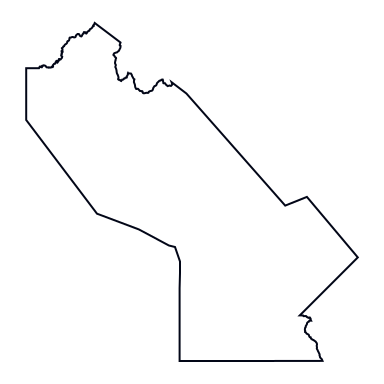 Goilala District, Central, Papua New Guinea
{"feature_id": "67681753B69138708409100", "entity_name": "Goilala District", "entity_type": "district", "adm_level": 2, "iso_a3": "PNG", "parent_name": "Papua New Guinea", "parent_adm1": "Central", "projection": "natural_earth1", "projection_center": [146.873, -8.324], "detail": "fine", "context": "isolated", "style": "outline", "palette": "ink", "viewbox_px": 384, "rotation_deg": 0, "n_neighbors": 0, "source": "geoboundaries", "source_scale": "gbopen_adm2", "svg_char_len": 5013}
<svg xmlns="http://www.w3.org/2000/svg" viewBox="0 0 384 384"><path d="M94.7,23.0L94.3,24.1L93.4,25.2L93.5,25.3L93.8,25.7L93.8,25.9L93.7,26.1L92.9,26.3L92.5,26.9L92.4,27.3L91.7,28.1L90.8,28.8L90.1,29.1L89.6,29.7L89.5,30.5L89.0,30.9L88.4,31.0L87.2,32.2L86.9,32.9L86.4,33.5L86.1,33.5L85.8,33.2L85.6,32.3L84.0,32.1L83.7,32.5L83.8,33.2L83.5,33.6L83.0,33.8L82.4,34.6L82.0,35.7L81.4,36.4L80.8,36.3L80.2,36.0L79.8,35.6L79.5,35.1L79.4,34.6L79.1,34.2L78.5,34.0L77.6,34.0L76.6,34.8L75.9,35.6L75.7,36.7L75.3,37.1L75.0,37.3L74.3,37.4L73.6,37.3L73.0,37.0L72.2,37.0L70.7,37.6L69.8,37.6L69.5,38.0L69.3,39.6L69.0,40.4L68.8,40.6L68.4,40.9L67.7,41.1L67.4,41.4L67.2,41.9L67.2,42.6L66.9,43.1L66.3,43.8L65.1,44.5L64.6,45.1L64.1,46.2L63.5,46.3L63.1,46.9L62.9,47.4L62.5,47.8L61.9,48.1L61.9,48.5L62.3,48.9L62.5,49.4L62.4,50.3L62.3,50.7L61.6,51.0L61.6,51.3L62.3,51.4L62.6,51.5L62.6,52.0L62.4,52.3L62.1,52.3L61.8,52.7L61.9,53.8L61.4,54.1L61.4,54.3L61.6,54.6L61.5,54.8L61.2,55.4L61.2,55.7L62.2,56.5L62.0,57.7L60.6,59.4L60.1,59.4L59.9,59.7L59.6,59.8L59.5,59.6L59.5,59.2L59.3,59.0L59.0,59.0L58.7,59.5L58.8,60.6L57.7,62.2L57.1,60.9L56.8,60.8L56.5,60.9L56.6,62.0L56.5,62.3L56.2,62.5L55.7,62.1L55.4,62.5L55.4,63.4L55.1,63.7L54.9,63.8L54.0,63.9L53.9,64.1L52.9,65.2L52.9,65.8L53.1,66.3L53.0,66.7L52.7,67.1L52.4,67.1L51.9,66.7L51.7,66.7L51.5,66.9L51.4,67.2L51.1,67.5L50.1,67.6L49.4,67.4L49.0,67.7L48.5,67.7L48.2,67.3L47.2,67.4L46.6,67.3L46.0,66.6L45.8,66.2L45.4,65.8L43.9,65.3L43.5,65.3L43.0,65.9L42.8,66.0L42.6,65.7L42.3,65.7L42.1,65.8L42.2,66.5L42.0,67.1L41.8,67.3L41.1,67.1L40.4,67.0L40.0,66.5L39.7,66.7L39.0,68.2L26.2,68.2L26.2,120.0L97.0,213.7L138.8,229.4L168.9,245.5L175.0,247.0L180.0,261.5L180.0,273.1L179.6,288.1L179.6,361.0L251.2,361.0L322.5,360.9L321.8,359.2L320.4,357.8L320.0,357.2L319.9,356.3L319.5,355.3L319.6,354.3L318.7,352.5L318.2,351.4L317.9,351.0L317.7,350.3L317.3,349.5L317.0,349.1L316.8,348.5L316.9,347.9L317.0,347.3L316.9,346.8L316.8,346.4L316.7,345.7L316.9,345.0L317.0,344.4L316.9,343.8L316.8,343.3L316.5,342.8L316.0,342.2L315.7,341.6L314.2,340.6L313.8,340.3L313.7,340.1L313.3,339.9L312.8,339.8L312.4,339.7L312.0,339.2L311.1,338.7L310.9,338.3L310.8,337.7L310.7,337.3L310.0,337.1L309.7,337.1L309.3,336.5L309.0,335.6L308.8,334.9L308.4,334.5L307.6,334.1L306.9,333.8L306.6,333.6L306.2,332.9L305.9,332.7L305.5,332.3L305.0,332.0L305.0,331.7L305.3,331.1L305.1,330.7L304.9,330.2L304.9,329.1L305.0,328.6L305.2,327.7L305.5,327.5L305.7,327.1L305.8,326.6L305.7,326.2L306.0,325.7L306.7,324.6L307.0,323.9L307.0,323.3L307.3,322.7L307.8,322.2L308.4,321.8L308.8,321.7L308.9,321.3L309.1,321.1L309.3,320.8L310.0,320.7L311.1,320.7L310.9,320.3L310.7,319.8L310.7,319.6L310.4,319.3L310.6,318.7L310.0,317.7L309.7,317.8L309.2,317.5L308.8,317.9L307.7,317.5L307.5,317.3L307.3,317.1L307.0,317.1L306.6,316.8L306.3,316.2L305.6,316.1L305.2,316.0L303.8,316.2L303.5,315.9L303.1,315.5L302.8,315.6L302.5,315.6L302.1,315.5L301.7,315.4L299.8,315.4L357.8,257.4L306.9,196.9L285.2,205.6L199.9,108.8L186.4,93.5L171.6,82.2L171.8,82.7L172.1,83.7L172.2,84.5L171.8,85.1L171.0,85.9L170.3,85.8L169.6,85.5L167.7,86.1L167.1,85.5L166.7,85.4L166.2,84.8L165.8,84.5L165.3,83.6L165.1,83.3L164.4,83.2L163.7,83.3L163.4,83.2L163.3,82.9L163.3,82.3L163.1,81.6L163.1,81.0L162.8,80.6L162.9,80.0L162.7,79.5L162.2,79.5L161.3,79.8L161.0,80.3L160.5,80.6L159.9,80.6L159.5,80.7L158.9,81.2L158.6,81.6L158.0,82.1L157.2,82.9L156.9,83.4L156.7,84.2L156.5,84.7L156.2,85.3L155.6,85.7L155.0,86.0L154.5,86.1L153.4,87.7L152.8,89.6L152.5,90.2L152.1,90.6L151.2,90.9L150.2,91.1L149.4,91.4L148.8,91.8L148.6,92.5L148.3,92.8L147.7,92.9L146.9,92.8L146.3,92.8L145.4,93.0L144.7,93.2L143.8,93.3L143.1,93.1L142.7,92.5L142.5,92.2L142.6,91.6L142.3,91.2L141.9,91.1L141.2,91.1L140.6,90.9L140.0,91.0L139.4,90.4L138.8,89.7L138.4,89.2L137.9,88.8L137.4,88.8L136.3,89.0L136.1,88.9L135.5,87.7L135.2,87.0L135.0,85.2L134.8,84.4L134.5,83.6L134.1,82.6L133.9,82.0L134.0,81.0L134.0,80.5L134.3,79.7L134.4,79.3L134.1,79.1L133.7,78.9L133.0,77.7L132.7,77.1L132.5,76.7L132.1,76.1L131.9,75.4L131.8,74.9L131.4,74.2L130.9,73.5L130.2,73.5L129.3,73.4L128.6,73.5L128.2,73.3L128.0,73.0L127.9,73.2L127.9,73.8L127.9,74.4L127.7,74.9L127.5,75.2L127.3,75.7L126.8,76.3L126.8,77.0L126.8,77.5L126.6,77.7L125.9,77.7L125.4,77.7L125.1,78.0L124.7,78.5L124.3,78.5L124.1,78.5L123.8,78.9L123.3,79.5L122.7,79.7L122.2,79.6L121.2,81.0L120.7,80.8L120.3,80.5L120.0,80.0L118.7,79.8L118.1,79.2L118.1,78.9L118.4,78.5L118.5,77.9L118.4,76.9L118.1,75.9L117.8,75.2L117.7,74.7L117.0,73.6L116.8,72.8L116.6,71.5L116.5,70.4L116.3,69.6L116.1,68.8L115.8,68.0L115.3,67.0L115.5,66.2L115.8,65.4L115.8,64.9L115.4,64.1L115.1,63.6L115.0,62.7L115.2,61.6L115.3,60.9L115.6,60.2L115.6,59.5L115.9,58.6L116.1,58.2L116.0,57.8L114.7,56.6L114.4,55.8L113.4,54.9L113.5,54.6L113.8,53.9L114.1,53.6L114.3,53.2L115.4,52.8L116.3,52.5L117.0,52.4L117.5,51.9L118.2,51.3L118.9,50.8L119.6,49.3L120.2,48.2L120.4,47.6L120.5,46.6L120.6,45.9L120.4,45.7L119.9,45.5L119.7,45.1L119.8,44.6L120.1,43.7L120.3,43.2L120.4,42.8L120.5,42.5L111.4,35.6L94.7,23.0Z" fill="none" stroke="#020617" stroke-width="2"/></svg>